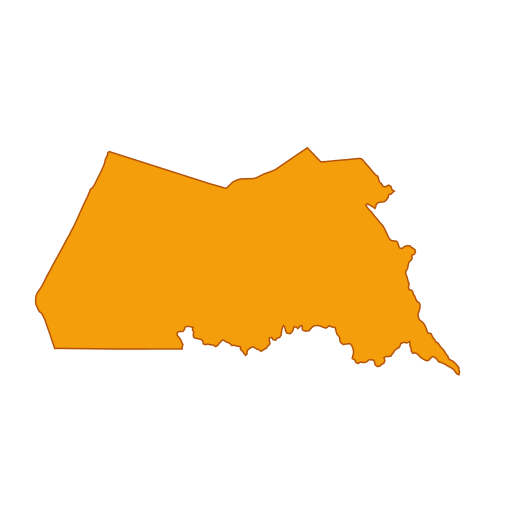 outline of Belmonte, Bahia, Brazil, rotated 186°
{"feature_id": "56859067B37213046235588", "entity_name": "Belmonte", "entity_type": "district", "adm_level": 2, "iso_a3": "BRA", "parent_name": "Brazil", "parent_adm1": "Bahia", "projection": "mercator", "projection_center": [-39.261, -15.95], "detail": "fine", "context": "isolated", "style": "filled", "palette": "amber", "viewbox_px": 512, "rotation_deg": 186, "n_neighbors": 0, "source": "geoboundaries", "source_scale": "gbopen_adm2", "svg_char_len": 5293}
<svg xmlns="http://www.w3.org/2000/svg" viewBox="0 0 512 512"><g transform="rotate(186 256 256)"><path d="M412.9,344.5L414.2,343.2L414.3,340.9L414.9,339.1L415.9,336.4L416.2,333.4L416.7,330.8L417.6,328.0L418.4,325.7L419.0,323.7L419.8,321.6L420.9,318.6L421.9,316.0L422.7,313.8L423.3,312.0L424.2,309.8L425.1,307.8L426.3,306.2L427.9,304.8L428.2,302.4L429.0,300.3L429.6,297.7L430.7,295.0L431.6,292.6L432.6,289.8L433.4,287.3L433.9,285.6L434.7,283.3L435.7,280.4L436.6,277.7L437.5,274.8L438.2,272.7L438.9,270.8L439.4,268.9L440.2,267.0L441.2,264.4L442.1,262.2L443.1,259.7L443.9,257.3L444.8,255.3L445.7,253.3L446.6,251.0L447.7,248.5L448.7,245.9L449.6,243.7L450.6,241.3L451.5,239.1L452.8,236.1L453.7,233.7L454.8,231.3L455.9,228.7L457.1,225.8L458.0,223.5L458.8,221.3L459.7,219.2L460.6,217.1L461.6,214.9L462.5,212.3L463.5,209.7L464.3,207.6L465.0,205.6L465.9,203.5L467.1,201.1L468.4,198.7L469.8,196.1L470.6,193.4L470.6,190.8L470.5,187.7L469.9,184.9L468.1,182.2L467.0,180.0L465.6,178.0L463.4,176.8L461.8,174.6L460.8,173.0L459.7,171.3L458.7,169.3L457.4,166.6L456.0,163.5L454.8,161.0L453.9,159.2L453.1,157.3L452.1,155.4L451.3,153.3L450.3,151.1L449.2,148.8L448.2,146.8L447.4,145.1L446.6,143.0L442.6,143.5L384.1,149.0L382.1,149.2L319.7,155.8L320.0,158.1L319.4,160.3L321.0,162.6L321.6,164.2L323.1,165.9L324.4,167.4L326.1,168.8L326.3,171.7L324.6,172.7L322.7,173.1L320.9,173.3L319.5,175.4L319.1,177.8L316.9,178.9L314.5,178.9L311.0,178.4L311.6,176.0L310.0,173.9L310.2,171.4L309.7,169.1L308.2,168.0L306.4,167.9L304.5,167.5L302.4,167.5L300.2,166.2L299.2,163.1L296.9,162.5L294.8,163.4L292.1,162.9L289.5,163.1L286.5,161.6L284.8,163.1L283.9,164.7L282.3,166.7L280.6,168.9L278.7,168.8L276.9,167.4L274.4,167.0L272.3,165.8L270.7,164.4L268.7,164.9L266.4,164.6L264.0,164.3L262.0,164.2L261.6,161.5L259.3,159.6L257.4,157.5L256.1,156.1L254.7,157.4L254.9,159.3L254.6,161.4L252.4,163.7L249.7,165.4L247.2,164.3L245.3,163.4L243.1,163.1L240.9,161.7L238.6,163.7L236.0,165.4L234.9,167.5L233.2,169.5L233.1,171.5L234.0,173.2L234.1,176.0L231.7,176.6L230.4,174.6L227.6,174.4L226.5,176.5L224.0,177.4L222.8,180.0L222.7,182.8L222.6,185.4L222.2,188.1L221.2,189.7L219.6,187.4L218.7,184.4L217.2,182.5L214.1,182.2L212.1,184.5L211.4,186.6L210.8,189.4L208.4,189.5L206.8,188.2L205.6,189.5L204.6,191.3L202.9,191.5L202.5,189.7L202.3,187.7L200.6,186.7L198.3,186.5L195.3,187.3L194.0,189.4L192.9,190.9L191.4,192.3L189.4,193.0L187.1,193.3L184.7,193.1L181.4,192.0L178.9,191.6L177.4,192.8L175.9,194.3L173.2,193.3L170.1,193.3L169.0,191.0L168.4,189.2L167.3,186.7L165.2,184.9L164.2,183.1L164.0,181.4L162.8,178.9L160.2,177.1L157.7,177.7L155.7,178.2L153.3,178.6L151.4,176.9L150.2,174.7L149.2,172.3L148.9,169.4L149.3,166.8L149.6,164.1L146.8,162.9L145.3,160.3L143.2,159.8L140.9,161.6L138.6,161.2L136.7,161.5L135.0,162.2L133.6,163.8L132.2,164.8L130.3,164.8L127.9,164.7L126.7,161.9L126.0,160.1L123.7,158.7L121.0,159.6L119.6,161.6L117.7,162.5L116.9,165.5L118.1,168.0L116.3,169.6L113.6,169.9L111.2,170.7L110.6,172.4L109.4,173.8L108.6,176.0L106.7,178.2L104.4,179.6L103.5,181.2L102.9,184.1L99.7,185.7L97.2,185.2L94.3,186.9L93.9,185.1L93.4,182.5L92.1,180.5L91.8,178.0L90.1,175.7L87.5,176.3L85.6,175.6L83.9,174.3L81.7,172.4L78.9,171.0L76.9,170.1L74.9,169.6L72.8,170.8L71.7,172.7L70.0,174.4L68.3,174.1L65.6,172.6L64.2,170.8L62.7,169.6L61.0,169.5L58.4,168.7L55.7,167.7L53.5,166.5L50.9,165.5L48.2,164.2L46.3,162.5L45.0,160.8L43.7,159.6L41.8,159.1L41.4,161.8L42.3,164.2L42.5,166.0L43.9,167.6L46.0,169.6L48.6,171.7L50.8,172.5L53.5,173.8L54.9,176.6L56.5,178.0L57.8,180.0L59.9,182.4L62.6,184.6L64.4,186.7L65.8,188.4L68.0,189.2L69.4,191.2L71.1,193.0L72.2,194.5L73.9,197.2L76.6,197.2L78.0,199.1L78.9,201.3L80.7,204.5L82.2,206.5L84.3,208.2L86.8,209.6L88.3,212.7L88.8,215.2L88.1,218.1L87.5,221.0L87.7,224.4L88.8,226.6L90.8,227.4L92.6,229.9L93.8,232.4L95.3,234.3L96.1,236.2L97.3,238.0L100.4,238.8L101.2,241.6L100.7,244.0L101.7,246.0L102.6,248.1L103.7,251.0L105.4,254.3L105.4,256.4L104.5,258.3L103.9,260.0L103.7,263.1L103.2,265.9L101.2,268.2L100.5,270.3L101.1,272.9L98.6,274.5L97.8,276.9L98.5,278.8L100.1,279.8L102.5,281.0L104.0,282.2L106.5,282.1L109.3,281.0L111.7,278.6L114.4,279.2L115.6,282.2L116.8,284.6L118.4,285.5L121.2,285.4L123.6,285.8L125.5,287.5L127.1,290.0L128.4,292.3L131.2,296.9L133.2,299.5L135.0,301.1L136.8,302.7L138.2,304.3L140.1,306.1L142.3,308.0L144.2,310.2L145.5,311.6L147.0,312.8L149.0,314.4L151.0,316.7L152.0,318.1L150.5,319.5L148.7,318.8L146.4,317.7L144.1,316.7L142.7,315.7L142.1,317.5L141.8,319.9L140.1,321.7L137.7,322.7L135.3,323.0L133.4,323.9L132.0,325.7L130.7,328.1L130.4,331.0L128.2,331.6L126.8,333.5L125.2,335.0L127.6,336.0L129.0,339.2L131.4,340.4L134.7,338.3L137.0,338.6L138.9,341.2L140.8,342.4L142.1,345.2L143.2,348.1L145.1,348.8L146.9,350.4L148.6,351.9L150.2,353.5L152.3,355.6L155.0,358.0L158.2,361.0L160.0,362.8L161.7,363.8L164.0,363.8L165.7,363.4L167.6,363.0L170.4,362.4L172.1,362.1L175.6,361.3L179.5,360.6L184.2,359.7L187.4,359.1L189.4,358.6L192.0,358.1L194.0,357.7L196.9,357.1L198.8,356.8L201.3,356.3L216.3,369.0L246.3,343.5L248.4,342.4L250.1,341.6L252.0,340.6L254.5,339.4L256.8,338.3L259.1,336.8L261.4,335.4L263.6,334.0L265.8,332.9L269.0,332.4L271.4,332.1L273.3,331.9L275.2,331.6L278.7,331.1L281.4,330.3L283.9,329.0L286.5,327.4L288.2,325.5L289.9,323.4L292.7,320.1L309.8,323.1L412.9,344.5Z" fill="#f59e0b" stroke="#b45309" stroke-width="1.5"/></g></svg>